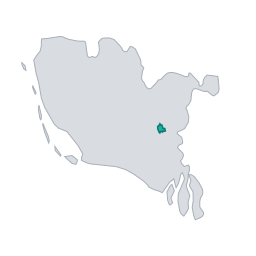 location of Heusden, Noord-Brabant, Netherlands, rotated 262°
{"feature_id": "6326949B43873207843171", "entity_name": "Heusden", "entity_type": "district", "adm_level": 2, "iso_a3": "NLD", "parent_name": "Netherlands", "parent_adm1": "Noord-Brabant", "projection": "natural_earth1", "projection_center": [5.16, 51.689], "detail": "fine", "context": "in_parent", "style": "filled", "palette": "teal", "viewbox_px": 256, "rotation_deg": 262, "n_neighbors": 0, "source": "geoboundaries", "source_scale": "gbopen_adm2", "svg_char_len": 4346}
<svg xmlns="http://www.w3.org/2000/svg" viewBox="0 0 256 256"><g transform="rotate(262 128 128)"><path d="M166.6,224.1L161.2,224.0L156.2,223.8L153.6,223.5L150.8,222.5L149.5,220.4L147.9,217.8L148.3,216.3L153.0,211.9L153.7,210.7L153.2,210.0L153.7,208.1L157.3,201.5L157.7,198.9L156.1,197.0L153.8,195.9L146.2,194.0L142.6,191.2L141.0,188.8L139.3,188.1L136.8,189.0L130.6,189.8L125.5,188.6L119.5,184.0L118.1,180.0L117.4,176.9L115.9,175.8L113.9,177.4L111.3,179.9L106.3,180.2L104.9,179.6L104.6,178.2L104.4,176.9L103.0,175.2L101.5,174.3L95.1,179.0L92.7,179.0L89.7,177.2L88.3,175.4L85.0,176.4L82.0,178.6L83.0,182.6L81.4,183.4L77.8,183.0L73.7,181.3L69.1,180.3L62.2,177.5L52.5,179.8L45.8,177.1L40.2,176.8L36.8,174.6L33.0,171.0L35.7,168.6L38.3,167.7L48.5,167.3L55.9,168.7L69.3,176.7L72.7,176.6L76.2,175.6L74.4,173.5L71.1,172.4L66.1,170.3L62.2,167.3L71.5,166.3L70.2,164.8L69.0,162.1L59.2,152.9L60.9,150.4L63.4,145.1L66.5,140.6L69.0,139.4L73.0,136.3L81.8,127.0L87.4,119.5L91.5,110.6L97.6,86.1L99.4,82.0L102.4,77.4L106.0,78.2L108.5,79.6L117.5,76.1L133.0,67.0L137.5,59.2L142.0,55.6L159.6,48.5L169.4,46.4L184.5,45.9L195.3,44.6L208.4,44.1L213.4,48.5L216.3,51.7L221.0,53.5L228.2,54.7L227.9,61.0L228.1,73.5L227.5,75.7L224.3,81.0L221.0,90.5L220.1,96.7L219.1,97.9L205.3,97.8L203.4,98.9L203.1,100.3L203.8,101.9L203.5,103.5L202.4,104.8L203.0,106.8L205.4,109.2L209.8,110.6L214.5,110.8L216.9,110.5L218.6,112.2L220.4,114.8L220.3,118.0L219.7,122.4L217.5,126.5L211.2,131.1L208.3,132.8L205.6,133.6L204.4,134.8L203.8,136.4L203.9,137.8L208.5,141.5L208.4,142.4L207.1,144.3L205.4,146.2L193.7,150.0L188.8,149.7L186.1,151.6L185.2,152.0L182.1,150.2L175.3,148.2L172.7,148.9L171.3,150.0L167.0,151.3L163.9,153.4L163.9,156.1L169.4,163.1L171.3,164.5L171.4,167.1L174.1,170.4L176.8,174.5L177.1,177.1L176.8,179.7L175.5,183.5L170.8,192.2L170.7,193.9L171.1,195.2L172.7,195.6L174.0,196.2L173.6,197.4L164.8,203.5L163.6,204.6L159.9,204.3L159.3,205.3L159.8,206.9L161.3,208.4L164.5,209.1L167.2,210.7L169.4,213.7L166.6,224.1ZM73.7,181.3L72.9,183.9L70.9,186.7L63.9,190.7L56.6,193.3L52.9,193.0L50.3,191.6L49.0,190.2L45.1,188.8L39.8,188.1L36.5,189.6L34.1,191.0L32.0,190.8L30.5,189.6L29.3,187.7L27.8,181.9L31.7,180.9L40.3,180.5L47.0,182.5L55.7,183.5L62.4,180.7L67.7,183.1L73.7,181.3ZM59.3,157.7L64.4,161.3L65.5,162.5L65.9,163.7L59.4,165.2L52.5,160.7L47.9,161.8L46.2,159.6L46.2,158.3L50.9,157.2L59.3,157.7ZM108.5,68.8L103.3,73.5L100.2,72.2L99.3,71.1L100.9,67.4L108.5,61.3L108.5,68.8ZM131.3,47.8L126.4,48.3L124.2,47.4L135.9,44.8L143.2,44.0L144.6,44.3L131.3,47.8ZM162.5,43.0L152.3,44.0L148.8,43.2L148.3,42.5L151.0,42.0L159.7,41.9L162.4,42.6L162.5,43.0ZM120.0,53.0L110.4,57.9L109.6,57.1L115.8,52.8L120.0,53.0ZM204.1,34.7L199.3,35.0L200.7,33.2L205.1,31.9L207.5,31.9L204.1,34.7ZM183.4,39.5L176.1,41.8L174.4,41.3L174.8,40.6L181.2,39.2L183.4,39.5Z" fill="#d9dde1" stroke="#a8b0b8" stroke-width="1"/><path d="M124.0,157.5L123.8,157.5L123.7,157.4L123.4,157.4L123.2,157.4L122.9,157.4L122.7,157.5L122.4,157.5L122.2,157.5L121.7,157.6L121.4,157.7L121.2,157.8L120.5,157.9L120.4,157.9L120.2,158.0L119.9,158.1L119.7,158.2L119.5,158.3L119.4,158.3L119.2,158.4L119.1,158.5L118.9,158.6L118.7,158.7L118.6,158.8L118.8,158.9L118.9,159.0L119.0,159.0L119.3,159.1L119.5,159.2L119.5,159.3L119.7,159.5L119.8,159.5L120.0,159.7L120.0,159.8L120.1,160.0L119.7,160.1L119.7,160.3L119.7,160.5L119.8,160.6L119.8,160.8L119.9,161.8L119.6,161.8L119.8,162.0L119.6,162.2L119.6,162.3L119.7,162.5L119.6,162.8L119.8,164.2L119.9,164.6L120.1,164.6L120.3,164.6L120.5,164.5L120.7,164.4L120.8,164.4L121.0,164.5L121.2,164.4L121.3,164.4L121.5,164.3L121.8,164.3L122.0,164.3L122.4,164.4L122.5,164.3L122.5,163.7L122.4,163.3L122.5,163.1L122.6,162.8L122.8,162.8L123.0,162.5L123.0,162.4L123.3,162.4L123.7,162.4L123.8,162.4L124.4,162.3L124.5,162.3L125.0,162.3L124.9,162.3L125.1,162.1L125.3,162.1L125.6,162.1L125.8,162.1L126.0,162.1L126.0,161.9L126.0,161.6L126.1,161.4L126.1,161.0L126.2,160.9L126.3,160.9L126.7,160.8L126.8,160.8L126.9,160.7L127.0,160.7L127.3,160.7L127.4,160.4L127.5,160.3L127.4,160.3L127.3,160.2L127.2,160.1L126.9,160.2L126.7,160.0L126.7,159.9L126.8,159.5L126.9,159.4L126.4,159.6L126.3,159.4L126.3,159.2L126.4,158.9L126.4,158.7L126.2,158.5L126.0,158.4L125.9,158.3L125.6,158.3L125.3,158.0L125.3,157.9L125.3,157.7L125.1,157.5L124.9,157.6L124.7,157.6L124.4,157.6L124.2,157.5L124.0,157.5Z" fill="#14b8a6" stroke="#0f766e" stroke-width="1.5"/></g></svg>